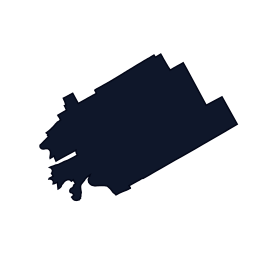 Valea Stanciului, Dolj, Romania, rotated 143°
{"feature_id": "2599482B21688780573777", "entity_name": "Valea Stanciului", "entity_type": "district", "adm_level": 2, "iso_a3": "ROU", "parent_name": "Romania", "parent_adm1": "Dolj", "projection": "natural_earth1", "projection_center": [23.871, 43.972], "detail": "fine", "context": "isolated", "style": "filled", "palette": "ink", "viewbox_px": 256, "rotation_deg": 143, "n_neighbors": 0, "source": "geoboundaries", "source_scale": "gbopen_adm2", "svg_char_len": 5733}
<svg xmlns="http://www.w3.org/2000/svg" viewBox="0 0 256 256"><g transform="rotate(143 128 128)"><path d="M196.2,173.3L196.1,172.9L195.9,171.4L195.9,171.1L195.8,170.8L195.8,170.4L196.2,170.3L196.7,170.3L196.5,168.9L197.0,168.8L198.1,168.6L198.6,168.6L199.3,168.5L201.6,168.1L201.9,168.1L202.9,168.0L203.3,167.9L206.5,167.4L208.1,167.2L208.4,167.2L208.5,167.2L209.1,166.5L209.4,166.1L209.6,165.5L209.7,165.3L209.7,165.0L209.7,164.7L209.5,163.9L209.4,163.5L209.2,163.2L208.9,162.8L208.3,162.2L208.0,162.0L207.6,161.8L206.6,161.3L205.9,161.0L205.6,160.7L205.3,160.4L204.8,160.1L204.6,159.8L204.4,159.5L204.2,159.2L203.9,158.2L203.9,157.7L203.9,157.3L203.9,156.7L204.1,156.0L204.5,155.3L204.7,155.0L205.0,154.5L205.6,153.8L206.0,153.4L207.3,152.1L207.9,151.5L208.1,151.3L208.3,150.9L208.4,150.6L207.9,150.6L206.6,150.4L204.8,150.3L204.0,150.2L204.1,149.7L204.4,148.6L204.6,148.0L204.9,146.9L205.0,146.4L205.2,145.8L205.3,145.3L205.4,144.9L205.0,144.9L204.4,144.8L203.3,144.7L203.2,144.7L199.5,144.2L195.6,143.6L193.7,143.3L193.4,143.3L192.3,143.1L189.7,142.7L184.4,141.9L182.9,141.7L183.3,141.1L183.6,140.7L183.8,140.2L184.0,139.7L184.2,139.3L184.4,138.7L184.6,137.4L184.6,136.8L186.3,137.0L188.7,137.3L194.2,138.2L195.4,138.4L199.0,139.5L200.7,139.8L202.1,140.0L203.1,140.3L204.9,140.6L205.7,140.8L206.6,141.2L207.1,141.4L208.0,141.9L209.2,142.2L210.1,142.4L210.7,142.6L212.1,143.1L213.4,143.5L214.3,143.6L213.9,143.0L213.5,142.2L213.5,141.3L213.5,140.5L213.9,139.4L214.4,138.9L215.5,138.1L216.4,137.8L216.5,137.4L216.5,137.2L216.4,136.8L216.4,136.5L216.8,134.5L217.0,134.5L218.1,134.7L219.5,134.9L220.6,135.1L221.2,135.2L221.8,134.8L221.1,134.4L220.5,133.7L220.0,133.0L219.7,132.5L219.6,131.8L219.6,131.0L219.7,130.4L220.1,129.7L220.6,129.1L221.4,128.5L220.8,128.1L219.6,127.8L218.5,127.5L217.1,127.1L219.6,122.9L220.5,121.4L219.8,121.3L218.9,121.3L218.0,121.3L217.0,121.5L216.3,121.8L216.0,122.2L214.4,122.8L213.6,122.9L212.5,123.2L211.2,123.6L210.1,123.6L209.1,123.6L208.5,123.4L207.7,123.2L207.0,122.9L206.5,122.5L205.7,121.8L205.2,119.6L202.8,119.6L202.9,119.1L203.1,118.3L203.2,117.7L203.2,117.3L203.2,116.8L203.2,116.2L203.3,115.5L203.4,115.2L203.5,115.1L204.2,115.1L205.8,115.0L205.8,114.9L205.9,114.6L206.0,114.4L206.2,114.2L206.5,114.1L206.8,114.1L207.2,113.9L207.8,113.8L208.3,113.5L208.7,113.7L209.4,113.9L210.3,113.9L210.9,113.7L211.6,113.4L212.0,113.1L212.5,112.4L212.8,111.9L212.7,111.5L212.6,110.9L212.3,110.5L211.9,110.2L211.6,110.0L211.5,108.1L211.5,107.6L211.6,107.1L211.6,106.9L214.6,106.7L214.6,104.1L214.6,103.9L214.5,103.7L214.4,103.5L214.2,102.9L213.9,102.5L213.8,102.3L213.6,102.2L213.2,101.7L212.8,101.3L212.6,101.2L212.4,101.1L212.2,101.0L211.8,100.8L211.7,100.7L211.2,100.6L210.9,100.5L210.8,100.4L210.7,100.3L210.5,100.1L210.3,100.2L210.1,100.2L209.9,100.3L209.7,100.3L209.4,100.3L208.4,100.5L208.2,100.5L208.0,100.8L208.0,101.3L207.7,101.4L207.3,101.6L206.9,101.8L206.7,102.0L206.2,102.7L206.0,103.0L205.5,103.6L205.4,103.6L204.8,104.1L204.3,104.6L204.0,104.9L203.9,105.2L202.8,107.3L201.5,109.4L201.1,109.9L200.0,110.9L199.7,111.1L199.2,111.3L198.9,111.4L197.6,111.7L196.9,111.9L196.0,112.1L195.7,112.2L195.3,112.3L195.0,112.4L194.7,112.4L193.5,112.8L193.1,113.1L192.5,113.2L190.6,113.5L188.7,113.6L186.5,113.4L190.8,110.7L192.0,108.2L191.9,105.8L191.2,104.0L189.2,101.7L187.1,100.4L184.1,98.3L181.4,96.2L179.4,94.1L178.6,89.8L178.6,85.5L177.9,82.9L177.9,81.9L177.7,81.8L174.0,81.3L171.0,80.6L168.8,80.0L166.8,79.4L165.4,79.1L164.5,78.9L163.5,78.8L162.4,78.5L162.2,78.8L162.1,80.0L162.0,80.8L161.9,81.3L154.7,80.3L152.4,80.0L150.1,79.6L148.5,79.5L147.2,79.3L146.9,79.2L146.6,78.9L146.2,78.7L143.4,78.3L138.8,77.7L135.1,77.3L131.0,76.8L125.8,76.1L109.5,74.1L102.6,73.1L87.1,71.1L78.4,70.1L51.7,66.8L50.4,66.7L38.5,65.3L36.9,76.9L34.2,96.3L51.9,99.1L47.7,126.5L45.6,140.2L44.7,146.9L46.0,147.0L48.7,147.4L51.9,147.9L53.0,148.0L55.6,148.4L57.1,148.5L58.3,148.7L59.6,148.8L59.5,149.1L59.3,151.2L59.3,152.0L59.2,153.0L59.1,154.1L58.9,155.5L58.9,156.0L58.8,156.7L58.5,159.0L58.5,159.3L58.4,159.7L58.3,160.9L58.2,161.7L57.9,163.6L57.8,164.1L57.6,165.8L57.4,167.3L63.1,167.9L63.6,168.0L63.4,170.6L63.7,170.6L65.3,170.8L66.9,171.0L67.8,171.0L68.7,171.1L68.9,171.1L70.3,171.4L73.2,171.7L74.3,171.9L76.8,172.1L77.8,172.2L78.9,172.3L80.2,172.5L82.9,172.8L83.9,172.9L84.3,172.9L84.9,173.0L85.3,173.0L87.1,173.2L87.7,173.2L89.5,173.4L90.9,173.6L92.5,173.7L94.0,173.9L95.0,174.0L95.8,174.0L96.4,174.1L97.1,174.2L98.0,174.3L98.6,174.3L99.0,174.3L99.6,174.4L101.0,174.5L102.4,174.7L103.2,174.7L104.3,174.9L105.0,174.9L105.4,174.9L105.5,175.0L107.7,175.2L108.4,175.3L108.9,175.3L109.5,175.4L110.0,175.5L111.7,175.6L113.0,175.8L115.2,176.0L117.2,176.3L118.2,176.4L118.9,176.5L121.5,176.9L122.4,177.0L123.3,177.1L124.2,177.2L124.8,177.3L126.1,177.5L126.8,177.6L127.4,177.7L128.0,177.8L128.7,177.9L129.8,178.1L130.5,178.1L131.2,178.2L131.6,178.2L131.8,178.0L131.8,177.8L132.1,176.1L132.3,174.8L132.4,174.7L134.8,174.9L136.1,175.2L138.0,175.4L139.3,175.6L140.8,175.8L141.9,176.0L143.8,176.2L144.6,176.3L153.0,177.5L152.1,183.8L151.3,189.0L151.7,189.1L153.0,189.2L154.3,189.5L155.7,189.6L156.5,189.8L158.0,190.0L159.2,190.2L161.7,190.7L162.2,188.9L162.3,188.1L162.5,187.3L162.7,186.7L163.7,183.9L163.8,183.7L165.3,184.1L165.5,182.8L166.0,180.7L166.2,180.0L166.3,179.4L166.5,179.3L166.5,179.2L167.2,179.3L169.5,179.6L174.6,180.2L176.3,180.4L176.3,180.1L176.4,179.9L176.5,179.7L176.5,177.4L176.8,176.2L177.0,175.7L177.0,175.0L177.8,174.9L179.2,174.9L179.9,175.0L180.4,175.1L180.9,175.2L181.4,175.0L182.9,174.8L183.8,174.7L184.5,174.4L185.3,174.3L186.6,174.0L188.1,173.8L189.2,173.7L190.2,173.5L191.3,173.4L191.7,173.4L192.4,173.3L192.8,173.3L194.6,173.3L196.2,173.3Z" fill="#0f172a" stroke="#020617" stroke-width="1.5"/></g></svg>